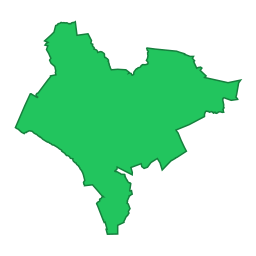 Salinas Victoria, Nuevo León, Mexico
{"feature_id": "50627088B71120151687353", "entity_name": "Salinas Victoria", "entity_type": "district", "adm_level": 2, "iso_a3": "MEX", "parent_name": "Mexico", "parent_adm1": "Nuevo León", "projection": "mercator", "projection_center": [-100.308, 26.122], "detail": "fine", "context": "isolated", "style": "filled", "palette": "green", "viewbox_px": 256, "rotation_deg": 0, "n_neighbors": 0, "source": "geoboundaries", "source_scale": "gbopen_adm2", "svg_char_len": 5450}
<svg xmlns="http://www.w3.org/2000/svg" viewBox="0 0 256 256"><path d="M228.0,82.7L204.6,77.5L206.1,75.9L200.2,70.4L201.9,68.1L200.6,67.1L198.3,67.5L196.7,68.2L193.7,61.7L194.6,60.8L192.4,58.3L193.5,56.4L190.0,56.4L185.1,54.5L184.8,54.6L184.5,54.5L184.7,53.8L179.7,52.3L176.6,51.2L155.4,49.1L147.0,48.0L146.7,48.5L147.2,49.7L147.2,50.1L148.3,51.3L148.2,52.1L147.6,52.7L147.7,54.7L148.0,55.4L147.7,57.3L147.3,58.8L146.4,60.4L147.7,61.8L148.1,63.0L147.6,64.1L146.4,64.3L146.1,64.6L144.4,64.7L143.3,64.6L142.3,64.7L141.6,65.5L141.1,65.7L140.8,66.5L140.0,67.3L138.0,67.8L137.2,68.8L136.6,68.7L135.7,69.6L133.9,72.1L133.6,74.5L132.2,75.2L131.7,74.7L131.2,73.5L129.6,73.0L128.5,73.4L129.1,72.3L125.9,69.8L117.6,69.3L111.3,69.8L110.2,67.7L110.1,66.9L109.6,65.9L109.2,64.8L109.3,64.1L109.0,63.7L108.7,62.9L108.7,61.9L108.1,61.4L108.5,60.2L107.3,58.7L106.3,58.2L105.8,57.5L105.6,57.5L104.7,57.4L104.4,55.0L104.5,54.2L104.0,53.4L103.1,52.8L102.1,52.0L100.8,51.6L100.0,51.7L98.6,52.2L98.2,52.2L97.7,52.4L97.5,51.5L97.4,51.1L96.6,50.1L95.2,49.4L94.0,49.1L94.2,48.1L94.0,47.4L93.3,46.9L92.7,46.3L92.4,45.6L92.7,45.2L92.7,44.2L91.3,43.7L90.9,43.1L91.5,40.6L88.0,33.8L77.0,35.3L75.3,21.8L74.9,22.1L74.2,22.2L73.8,22.5L73.3,22.6L73.2,22.5L72.9,22.5L71.8,22.8L71.4,23.1L71.1,23.6L70.8,23.8L70.0,23.5L69.5,23.8L69.2,23.9L68.5,23.7L67.5,23.0L66.5,22.8L66.3,22.9L65.9,22.8L65.4,23.0L64.8,22.8L64.5,22.9L64.1,22.7L63.9,22.6L63.4,22.7L63.0,22.8L62.5,22.8L62.3,22.7L61.8,22.7L61.1,22.4L60.8,22.6L60.1,23.2L59.2,23.5L58.8,23.5L58.1,23.9L57.9,23.9L57.8,24.0L57.7,24.5L57.4,24.7L57.2,25.0L56.9,25.2L56.4,25.2L56.2,25.3L55.7,25.6L55.6,25.9L54.0,32.1L50.9,35.2L44.6,40.9L48.0,42.4L46.1,43.6L45.0,45.1L47.8,45.8L46.5,49.6L48.8,53.6L49.9,56.3L50.4,56.9L50.4,57.4L50.9,58.2L49.6,60.1L51.0,63.2L54.8,66.5L55.7,70.7L55.8,71.0L55.3,72.5L55.7,73.7L55.9,74.8L50.5,75.9L50.5,76.7L49.4,78.2L48.0,79.8L38.1,93.0L36.7,93.5L36.8,93.5L36.1,94.6L36.2,94.9L36.1,95.2L36.1,95.5L36.5,96.2L37.6,96.9L37.7,97.1L37.2,97.5L31.3,94.0L31.3,93.9L30.7,93.8L30.3,93.8L24.9,105.5L15.4,127.6L16.9,128.6L18.1,129.1L21.5,132.2L24.2,133.6L24.4,133.3L25.4,132.5L25.9,132.4L26.3,132.5L26.7,131.9L27.1,131.8L27.4,131.7L27.6,131.7L28.0,131.4L28.2,131.2L28.9,130.9L29.4,130.8L29.6,130.9L30.0,130.8L30.4,131.0L31.9,131.2L32.3,131.4L33.7,132.8L34.3,133.3L34.7,133.4L35.5,134.0L36.5,134.2L37.9,135.6L38.8,136.2L39.1,136.3L39.4,136.5L39.5,136.8L39.8,136.7L40.1,136.7L40.2,136.8L40.4,137.1L41.0,137.7L41.3,137.7L42.5,139.0L43.0,139.4L44.0,140.0L46.7,141.7L47.4,142.0L47.8,142.2L48.6,142.2L49.0,142.6L49.7,143.2L50.3,143.4L50.8,143.7L51.1,143.7L51.5,144.2L52.2,144.8L52.8,144.9L53.1,145.1L53.5,145.0L53.9,145.1L54.2,145.3L54.5,145.4L55.1,146.0L55.7,146.2L58.6,148.1L59.0,148.6L61.6,150.2L61.8,150.5L61.7,151.1L63.6,152.5L65.0,153.4L65.5,154.5L66.3,155.2L66.7,155.5L66.8,155.4L68.4,155.8L69.7,156.9L70.2,158.0L70.7,158.4L72.9,158.7L72.8,159.8L73.4,161.2L74.2,161.9L75.3,162.9L75.9,162.9L76.7,164.5L77.1,164.7L78.2,165.7L78.5,165.7L78.7,166.5L79.7,167.6L79.9,168.2L79.9,168.5L80.0,168.7L80.8,169.7L81.7,170.7L81.8,171.1L82.8,173.1L83.5,175.3L84.8,180.5L84.3,181.1L84.2,181.3L83.7,182.0L83.5,182.5L83.9,184.3L84.4,184.7L84.5,185.4L84.5,185.7L92.5,184.8L96.0,188.8L96.8,189.7L102.3,196.1L103.0,196.3L103.0,196.6L103.3,196.8L102.6,196.8L101.9,197.1L101.6,197.8L101.3,198.3L100.9,198.7L100.3,198.7L99.9,199.0L99.6,199.4L99.6,199.5L99.8,200.6L99.7,201.0L98.9,201.5L98.7,201.7L98.2,201.8L97.7,202.4L97.4,202.5L97.0,203.1L96.7,203.3L96.6,203.7L97.4,205.3L97.9,206.5L102.9,219.4L103.3,219.8L103.1,219.9L104.2,222.5L105.1,222.1L107.1,229.3L106.1,229.3L107.4,234.2L112.4,234.1L117.7,234.0L117.7,225.3L123.9,222.4L123.7,222.0L123.8,221.9L124.4,220.3L124.8,219.7L125.9,217.1L126.9,216.1L127.0,215.8L127.8,215.2L128.0,214.5L128.7,213.6L129.0,213.1L128.3,211.6L128.7,210.7L130.0,208.7L128.2,203.9L127.1,203.3L127.5,201.2L127.2,201.0L129.0,197.0L129.2,196.0L129.4,196.1L129.6,195.7L130.1,195.6L130.7,195.0L132.2,194.2L131.5,190.6L130.0,191.1L129.7,190.7L130.8,183.6L130.3,183.0L129.7,182.8L129.6,183.1L129.3,183.0L129.1,182.7L128.2,182.1L127.8,181.6L127.5,181.0L126.9,180.2L126.7,179.7L126.8,179.7L126.1,178.7L125.8,178.0L125.4,177.0L125.2,177.1L125.0,176.5L124.8,176.2L125.0,175.3L125.0,175.0L124.4,174.4L124.2,174.3L123.4,174.4L122.8,174.3L121.2,174.3L120.7,173.8L119.8,173.2L119.2,173.0L117.8,172.1L116.8,171.7L116.1,171.6L115.7,171.6L115.0,171.4L114.8,171.2L115.0,170.7L115.9,170.1L116.6,169.7L116.9,169.2L117.2,167.5L117.2,167.1L132.2,174.8L132.3,172.4L130.9,167.5L141.1,163.7L141.8,166.6L144.1,168.4L147.5,167.2L150.5,163.1L151.1,162.4L157.3,158.5L160.0,162.8L162.2,170.0L171.2,160.6L171.3,160.7L175.4,158.3L175.4,157.9L175.5,157.8L176.0,157.8L177.2,157.2L186.4,151.2L184.3,147.2L181.1,140.4L178.1,133.0L176.5,131.0L176.0,130.0L189.2,124.6L204.5,116.5L204.5,114.3L205.1,112.5L205.6,111.6L206.3,111.1L207.2,111.4L208.3,111.4L209.4,112.2L211.5,111.6L211.9,111.7L212.4,112.2L213.1,112.4L213.4,113.2L213.5,113.2L214.2,112.4L215.0,112.2L215.2,113.0L216.5,113.3L216.8,113.0L217.5,113.0L218.3,112.1L219.7,111.8L220.3,111.8L222.4,112.4L223.7,112.2L223.3,111.0L223.3,110.0L222.8,109.4L223.3,108.9L223.5,108.6L224.0,107.9L223.6,107.7L223.7,104.6L223.3,102.7L223.2,102.0L222.8,100.8L222.9,100.1L222.7,99.6L223.0,99.0L223.0,98.6L222.9,98.4L223.5,98.1L223.9,97.7L224.0,97.7L226.6,98.7L231.2,100.3L237.7,99.4L237.4,98.6L235.9,97.1L236.5,95.1L238.6,83.2L238.7,82.8L240.6,80.1L228.0,82.7Z" fill="#22c55e" stroke="#15803d" stroke-width="1.5"/></svg>